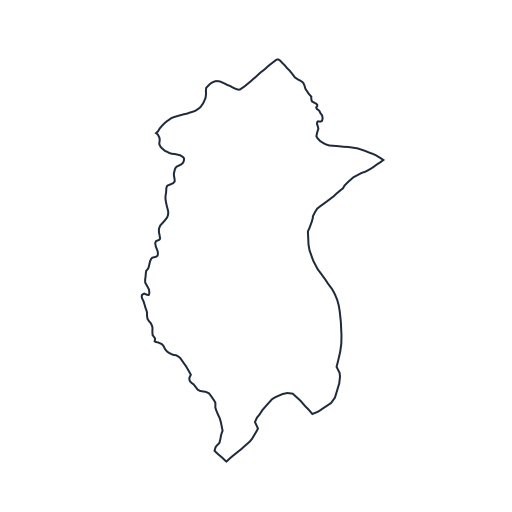 outline of Srei Santhor, Kâmpóng Cham, Cambodia, rotated 139°
{"feature_id": "14789045B31299536957784", "entity_name": "Srei Santhor", "entity_type": "district", "adm_level": 2, "iso_a3": "KHM", "parent_name": "Cambodia", "parent_adm1": "Kâmpóng Cham", "projection": "natural_earth1", "projection_center": [105.161, 11.842], "detail": "fine", "context": "isolated", "style": "outline", "palette": "slate", "viewbox_px": 512, "rotation_deg": 139, "n_neighbors": 0, "source": "geoboundaries", "source_scale": "gbopen_adm2", "svg_char_len": 4858}
<svg xmlns="http://www.w3.org/2000/svg" viewBox="0 0 512 512"><g transform="rotate(139 256 256)"><path d="M96.9,244.9L97.9,248.5L99.5,253.6L101.1,256.9L102.6,259.5L104.6,263.5L106.3,266.5L108.9,270.8L114.2,277.0L116.0,278.9L117.9,280.6L120.1,283.0L122.5,285.6L123.9,287.0L128.1,291.2L130.0,294.3L131.1,297.0L132.2,300.8L132.3,304.7L131.8,306.8L129.1,308.9L127.3,310.0L125.5,311.1L124.2,313.4L123.4,315.6L122.1,316.8L121.0,317.0L119.0,315.0L117.4,314.7L115.3,316.3L113.9,318.7L113.7,320.8L113.6,321.9L113.0,323.8L113.1,324.9L113.3,325.8L113.6,326.9L113.1,328.6L111.4,329.0L110.5,330.1L110.8,331.9L111.7,334.1L112.3,335.8L111.8,337.4L110.4,339.3L109.7,340.0L109.8,343.6L109.1,349.3L108.7,350.5L107.6,352.8L106.7,355.8L107.4,358.9L108.5,361.6L109.5,365.3L109.2,369.2L109.0,373.8L109.3,377.6L109.2,380.8L109.5,384.5L109.6,387.7L110.2,389.7L111.1,390.4L112.8,390.9L113.7,390.8L115.8,391.0L119.0,391.2L121.7,391.3L124.3,391.3L126.3,391.2L129.1,391.3L131.2,391.5L133.4,391.5L136.1,391.4L139.0,391.3L142.0,391.4L145.1,391.3L148.1,391.4L152.3,391.5L154.3,391.6L157.2,392.0L158.3,392.0L159.1,392.3L160.1,393.1L160.9,394.1L162.0,396.1L162.6,397.5L163.3,399.2L163.9,401.1L164.7,402.6L165.4,403.8L165.8,404.8L166.1,405.8L166.6,406.8L167.2,408.3L167.9,409.6L168.5,411.0L169.3,412.1L170.4,413.3L172.0,414.6L174.2,415.4L176.3,415.9L178.5,416.0L180.8,415.8L183.2,415.6L185.4,413.6L187.2,411.3L188.6,410.0L190.4,408.4L192.3,407.5L194.1,406.6L196.1,405.8L197.6,405.5L199.2,405.0L201.0,404.8L202.7,404.9L205.1,405.2L206.9,405.5L209.4,406.5L212.2,407.8L214.7,408.7L217.6,410.4L219.4,411.2L221.8,412.4L224.7,413.7L227.3,414.9L228.9,415.4L230.0,415.7L232.7,415.9L235.2,416.2L238.4,416.2L241.8,415.9L245.1,415.4L248.1,414.4L250.8,414.3L250.5,413.3L250.5,411.6L250.9,410.0L251.3,408.6L252.2,407.2L253.3,406.0L255.0,404.6L255.8,403.4L256.4,401.0L256.3,399.1L256.0,396.9L255.7,394.8L254.7,393.0L254.2,391.5L253.9,390.7L253.1,389.4L252.7,388.7L252.1,388.0L250.8,386.7L249.7,385.3L248.3,383.4L247.0,381.5L246.6,380.0L246.1,378.1L246.4,376.7L247.6,375.5L248.9,374.7L250.6,374.1L252.9,374.3L255.4,375.0L257.4,375.5L259.1,375.2L260.3,374.7L261.9,373.5L263.8,372.2L265.0,370.8L267.1,367.3L268.5,365.6L270.5,365.3L273.1,366.0L276.2,367.1L277.5,367.1L279.3,365.9L280.6,364.5L282.3,362.8L284.4,361.1L286.4,359.1L288.2,356.4L290.3,352.7L291.8,349.6L293.4,346.7L295.6,344.6L297.6,343.5L298.7,343.2L301.8,342.6L305.1,342.2L308.0,341.9L310.6,340.7L312.1,339.5L313.7,337.5L315.6,334.2L317.0,332.0L318.4,331.7L321.7,332.8L323.6,331.9L325.4,328.9L326.3,326.4L327.2,323.9L328.8,321.8L330.0,320.9L331.6,320.9L333.5,321.8L335.5,322.8L336.9,322.6L339.3,321.6L343.0,318.9L344.6,317.8L345.4,317.5L346.2,317.2L347.4,317.0L348.6,316.8L350.0,315.7L351.3,314.4L353.3,312.5L355.1,311.0L357.1,308.6L358.0,304.0L358.8,300.9L359.4,300.0L359.9,299.2L360.5,298.4L361.6,297.4L362.6,297.0L363.7,298.2L365.0,300.9L366.2,301.3L367.7,301.4L368.8,300.5L369.8,298.7L370.5,295.9L372.2,291.9L373.3,289.7L374.4,286.7L375.3,284.9L377.5,282.3L379.1,279.8L379.5,277.3L379.5,274.3L380.3,271.5L381.3,269.6L384.0,266.7L385.9,264.2L386.1,261.5L386.3,260.0L387.3,259.0L388.5,258.1L388.1,257.0L386.6,255.0L385.3,252.2L384.8,251.0L384.9,248.4L385.7,245.7L385.8,242.4L385.3,240.2L384.0,237.0L383.1,235.3L381.5,233.7L380.6,231.2L380.1,228.7L380.4,226.2L380.8,222.5L381.1,219.0L382.3,212.8L383.1,209.1L385.8,208.0L387.0,207.0L388.0,205.1L387.9,202.4L387.3,200.1L387.5,196.3L387.7,193.3L386.7,190.8L385.3,189.1L383.1,186.5L381.6,183.3L381.8,179.7L382.3,175.3L382.8,172.2L383.6,171.1L386.1,168.3L387.4,165.3L388.7,161.3L389.8,157.4L391.6,153.5L395.9,146.0L398.0,144.9L400.2,143.5L403.0,141.2L406.3,138.9L409.6,138.7L411.8,138.3L413.4,137.3L415.1,136.2L414.9,133.7L414.6,131.1L413.8,125.9L413.5,122.2L413.2,120.3L411.6,120.3L408.5,120.4L405.1,120.4L400.9,120.2L393.4,119.9L389.4,120.0L384.9,120.0L382.0,120.1L378.7,120.7L370.2,123.5L367.7,124.5L365.7,131.4L361.3,133.4L357.1,134.1L352.4,135.5L345.2,136.5L337.7,137.4L333.8,136.7L326.5,134.4L322.2,132.0L318.6,128.0L317.4,117.8L317.4,109.8L317.1,106.4L317.1,99.8L311.7,97.9L308.8,97.4L306.4,97.2L303.4,96.8L296.6,95.9L295.9,95.8L289.4,97.3L284.1,100.6L276.7,105.3L271.8,109.8L269.6,112.9L267.9,119.5L263.4,122.6L262.7,123.1L255.4,128.4L249.1,133.9L243.4,140.2L242.0,142.0L235.2,150.6L229.0,159.5L226.0,164.4L223.5,169.6L221.8,174.7L221.0,177.6L220.7,179.3L220.3,181.1L219.8,188.0L219.1,193.1L218.5,200.2L218.1,205.6L216.1,214.2L214.8,217.8L213.2,221.8L211.8,225.3L208.8,230.3L204.1,236.2L201.0,240.2L200.3,240.7L197.4,242.0L194.3,243.7L191.4,245.3L188.5,247.2L186.9,248.7L182.5,250.5L178.7,251.6L174.7,251.4L168.1,250.8L162.5,250.4L160.7,250.3L158.9,250.1L154.2,250.3L148.7,250.2L146.1,250.0L142.9,251.1L137.3,251.5L130.8,251.5L121.8,249.4L117.9,247.8L114.7,247.1L111.8,246.5L108.7,246.1L106.1,245.9L103.9,245.7L101.1,245.2L96.9,244.9Z" fill="none" stroke="#1e293b" stroke-width="2"/></g></svg>